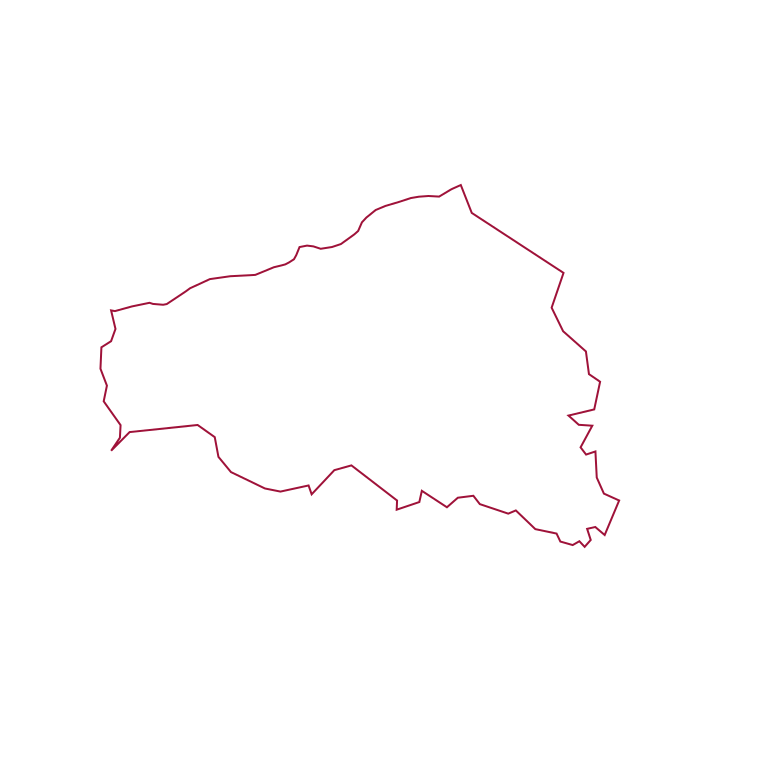 Makedonska Kamenitsa, Makedonska Kamenica, North Macedonia (orthographic projection), rotated 304°
{"feature_id": "65306769B84975747896428", "entity_name": "Makedonska Kamenitsa", "entity_type": "district", "adm_level": 2, "iso_a3": "MKD", "parent_name": "North Macedonia", "parent_adm1": "Makedonska Kamenica", "projection": "orthographic", "projection_center": [22.559, 42.055], "detail": "fine", "context": "isolated", "style": "outline", "palette": "rose", "viewbox_px": 768, "rotation_deg": 304, "n_neighbors": 0, "source": "geoboundaries", "source_scale": "gbopen_adm2", "svg_char_len": 1330}
<svg xmlns="http://www.w3.org/2000/svg" viewBox="0 0 768 768"><g transform="rotate(304 384 384)"><path d="M506.7,561.9L506.8,548.4L523.9,533.2L527.9,503.0L541.0,480.3L576.5,470.7L574.9,361.1L591.9,336.4L584.2,331.6L582.4,330.6L570.2,324.9L564.7,315.7L558.8,308.2L553.2,302.3L543.2,294.5L532.4,285.6L523.6,279.8L512.1,276.3L505.7,275.3L496.4,277.0L491.4,275.7L475.9,270.0L468.5,264.3L460.7,255.9L458.6,248.5L455.7,242.8L450.3,237.4L441.7,239.2L437.1,239.6L431.7,237.3L428.0,235.3L425.1,232.8L419.2,227.4L402.5,216.3L399.2,212.0L387.4,196.3L373.6,181.0L355.0,169.7L350.0,167.9L328.8,159.2L326.2,156.6L321.2,147.7L320.2,144.2L307.3,131.6L294.0,120.2L292.4,116.6L279.5,130.6L266.9,133.8L256.4,129.2L238.1,140.4L227.7,155.2L212.9,161.3L202.6,188.6L191.8,195.1L176.1,195.1L201.9,200.0L245.8,252.4L245.3,273.4L231.0,287.5L225.4,306.4L230.8,343.7L236.9,358.3L257.7,378.2L252.1,385.7L284.8,391.0L298.3,402.5L294.7,460.0L286.9,464.8L305.9,479.3L316.6,475.1L317.0,505.1L331.0,508.8L341.3,520.6L338.0,530.6L346.0,559.5L352.9,564.0L348.3,590.6L356.5,610.7L352.0,618.3L356.0,630.5L362.9,633.9L361.2,641.4L370.3,642.6L377.5,633.4L383.6,639.1L382.2,651.4L418.9,644.1L416.1,627.6L425.4,612.7L446.3,597.0L438.5,591.0L441.4,582.4L465.9,580.0L459.1,568.3L461.0,554.6L480.5,572.5L506.7,561.9Z" fill="none" stroke="#9f1239" stroke-width="2"/></g></svg>